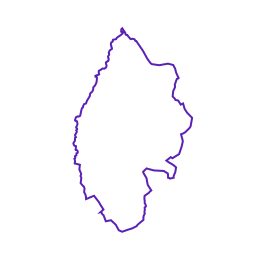 Kankara, Katsina, Nigeria (orthographic projection), rotated 66°
{"feature_id": "59680162B8390528040617", "entity_name": "Kankara", "entity_type": "district", "adm_level": 2, "iso_a3": "NGA", "parent_name": "Nigeria", "parent_adm1": "Katsina", "projection": "orthographic", "projection_center": [7.349, 11.973], "detail": "fine", "context": "isolated", "style": "outline", "palette": "violet", "viewbox_px": 256, "rotation_deg": 66, "n_neighbors": 0, "source": "geoboundaries", "source_scale": "gbopen_adm2", "svg_char_len": 3503}
<svg xmlns="http://www.w3.org/2000/svg" viewBox="0 0 256 256"><g transform="rotate(66 128 128)"><path d="M166.6,86.4L162.6,83.4L160.1,82.8L159.1,82.7L155.3,82.1L155.4,79.8L155.2,77.6L153.0,71.7L151.9,70.1L144.8,65.3L138.0,67.8L133.6,68.5L128.0,67.7L128.1,70.3L123.3,71.0L121.6,73.3L120.2,73.3L117.4,74.4L115.1,73.1L112.7,71.7L109.8,68.4L107.4,67.6L106.5,66.7L104.4,64.8L103.0,63.3L103.2,61.8L102.9,61.4L99.8,61.5L97.0,61.5L92.9,60.8L88.8,61.1L85.5,65.3L83.3,74.0L79.3,80.3L77.7,81.1L72.5,82.2L63.9,82.9L53.4,84.8L52.0,85.0L51.7,85.5L51.4,85.8L50.6,85.9L49.5,86.0L48.9,86.9L48.1,88.0L48.0,89.1L47.6,89.6L46.0,90.0L44.7,90.5L42.7,90.8L42.4,91.5L42.0,92.0L41.0,92.1L40.3,91.8L39.1,92.0L38.7,92.9L38.0,92.8L37.8,92.1L36.8,92.4L34.6,92.7L35.1,94.0L36.2,94.5L37.2,95.1L38.0,94.4L38.6,93.9L39.4,94.3L40.2,97.0L40.5,98.7L40.8,100.5L41.3,102.0L41.9,102.6L41.8,103.6L41.6,104.4L41.4,105.1L41.3,105.8L41.9,106.4L42.6,106.6L42.9,107.1L43.0,107.8L43.1,108.6L44.1,109.4L45.4,109.9L46.6,109.9L47.2,110.2L48.5,110.2L49.2,110.5L49.4,111.7L49.6,112.8L50.1,113.6L50.7,114.3L51.4,115.0L52.8,115.1L53.7,115.8L54.2,116.7L54.8,117.3L55.7,117.5L56.3,117.5L57.0,117.5L57.6,117.9L58.2,118.3L58.7,118.7L58.9,119.7L58.7,119.8L58.8,120.1L58.9,120.4L58.9,120.8L59.0,121.3L59.4,121.7L60.5,122.0L61.9,122.1L62.8,122.5L63.8,123.5L64.2,125.6L63.3,127.0L63.4,127.7L63.8,129.2L63.9,131.4L64.9,132.0L67.3,132.6L67.3,134.1L67.0,136.1L67.2,136.7L68.0,136.8L68.4,136.0L69.1,135.8L71.2,136.8L73.6,138.3L74.7,139.6L75.7,140.7L76.7,143.1L78.9,144.3L80.3,146.0L80.9,148.1L81.7,149.0L83.2,149.8L83.8,150.6L86.5,154.5L86.8,154.8L87.5,155.4L88.5,156.4L88.4,157.4L88.3,158.3L89.0,159.2L90.1,160.4L90.9,160.8L91.0,161.5L91.3,162.1L92.3,163.0L95.7,165.5L97.2,166.6L97.5,167.1L97.5,168.6L96.9,169.2L97.0,171.1L98.1,172.2L98.9,172.9L99.3,173.2L99.7,173.2L100.1,173.1L100.4,172.7L100.8,172.2L101.1,171.9L103.2,172.3L103.7,172.5L104.3,172.9L105.3,173.9L106.1,174.7L106.2,175.1L106.6,175.2L107.4,175.0L107.9,174.8L108.4,174.9L108.7,175.7L109.2,176.3L109.7,176.1L110.3,176.1L111.1,176.7L111.6,177.6L112.1,178.1L112.8,179.2L113.2,179.3L114.0,179.5L114.6,179.3L115.2,179.3L115.3,180.1L115.7,180.6L116.6,180.9L117.5,181.4L118.2,181.8L118.6,182.6L119.4,183.7L119.9,184.2L121.0,184.3L121.9,184.3L122.6,184.0L123.4,182.9L124.0,183.2L125.6,184.1L126.5,184.7L126.8,184.7L127.3,183.8L128.3,183.4L129.4,183.6L130.1,184.0L130.2,185.4L132.0,186.3L132.1,187.7L132.5,188.1L133.4,188.1L134.2,188.8L134.3,189.5L135.7,189.6L137.0,190.0L138.7,191.1L142.0,186.9L146.1,189.3L149.8,189.4L150.9,189.5L152.6,190.9L154.5,190.9L159.2,193.7L162.8,192.6L163.7,192.1L164.8,192.3L165.8,192.4L166.8,193.0L167.6,193.5L168.8,194.2L170.5,194.0L172.7,194.1L175.9,195.2L176.0,189.1L176.1,186.6L184.0,184.7L186.3,184.5L192.5,183.6L193.8,187.6L194.0,186.9L194.3,186.5L195.4,186.6L195.7,186.6L196.2,186.5L196.6,186.4L197.8,185.8L204.2,186.2L205.3,181.1L211.4,178.5L217.7,178.0L220.4,175.5L220.9,169.2L221.4,165.2L221.2,160.1L220.3,158.6L219.1,154.5L218.2,151.3L217.7,151.0L216.1,150.4L214.5,149.3L213.0,147.5L211.3,147.1L209.4,145.8L207.5,145.2L206.9,143.5L205.0,143.1L203.4,143.3L201.7,142.5L199.0,141.7L196.7,140.4L195.7,135.3L195.1,134.2L194.5,132.1L188.2,133.1L184.8,132.4L181.5,131.5L174.7,132.2L174.1,131.9L172.5,127.5L177.3,121.6L181.8,112.8L185.8,110.1L189.8,111.6L190.5,110.6L191.3,110.2L192.0,106.5L190.5,105.9L187.5,102.7L183.5,100.1L180.5,101.5L178.1,103.1L176.4,104.4L173.4,106.2L172.0,100.8L173.7,99.7L172.6,91.9L166.6,86.4Z" fill="none" stroke="#5b21b6" stroke-width="2"/></g></svg>